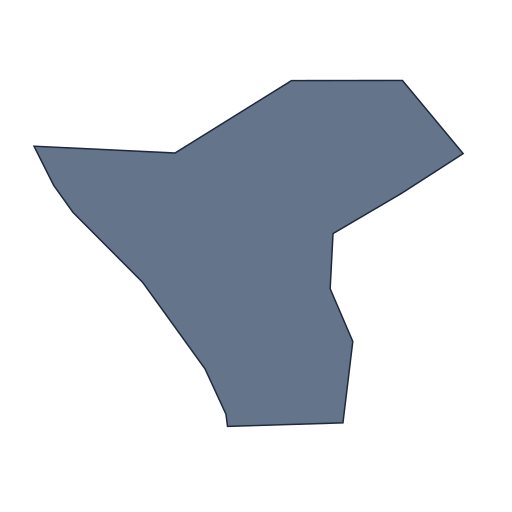 Distrito Nacional, Equal Earth projection, rotated 86°
{"feature_id": "DOM-1985", "entity_name": "Distrito Nacional", "entity_type": "National District", "adm_level": 1, "iso_a3": "DOM", "parent_name": "Dominican Republic", "parent_adm1": "", "projection": "equal_earth", "projection_center": [-69.937, 18.482], "detail": "fine", "context": "isolated", "style": "filled", "palette": "slate", "viewbox_px": 512, "rotation_deg": 86, "n_neighbors": 0, "source": "natural_earth", "source_scale": "10m", "svg_char_len": 370}
<svg xmlns="http://www.w3.org/2000/svg" viewBox="0 0 512 512"><g transform="rotate(86 256 256)"><path d="M424.0,296.3L411.7,297.0L365.1,314.7L274.4,370.9L199.8,435.5L171.4,452.9L131.0,469.8L147.6,329.6L83.5,208.4L91.1,97.7L168.3,42.2L203.5,106.2L239.0,177.6L293.9,184.3L348.0,165.4L428.5,180.9L424.0,296.3Z" fill="#64748b" stroke="#1e293b" stroke-width="1.5"/></g></svg>